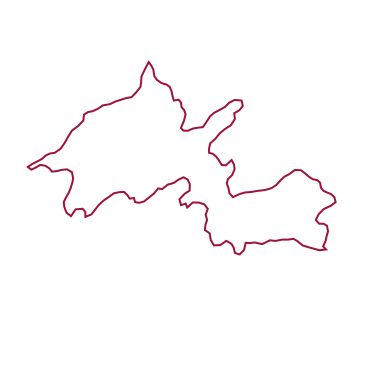 outline of São Sebastião do Rio Preto, Minas Gerais, Brazil, rotated 223°
{"feature_id": "56859067B92993268682714", "entity_name": "São Sebastião do Rio Preto", "entity_type": "district", "adm_level": 2, "iso_a3": "BRA", "parent_name": "Brazil", "parent_adm1": "Minas Gerais", "projection": "equal_earth", "projection_center": [-43.224, -19.295], "detail": "fine", "context": "isolated", "style": "outline", "palette": "rose", "viewbox_px": 384, "rotation_deg": 223, "n_neighbors": 0, "source": "geoboundaries", "source_scale": "gbopen_adm2", "svg_char_len": 2581}
<svg xmlns="http://www.w3.org/2000/svg" viewBox="0 0 384 384"><g transform="rotate(223 192 192)"><path d="M250.3,107.0L251.3,118.7L250.9,125.1L249.4,132.0L248.2,137.9L245.0,142.4L241.8,145.7L237.3,145.7L233.0,144.7L230.4,148.0L226.7,145.8L223.2,148.1L220.6,152.4L219.6,159.4L218.8,164.8L219.2,171.5L215.8,173.8L214.8,180.8L211.5,186.2L210.4,191.6L208.2,197.0L203.5,198.1L198.9,196.2L194.7,191.4L196.2,185.7L196.2,178.0L191.0,174.9L188.7,179.2L184.9,177.4L184.3,184.8L179.7,189.0L174.5,191.4L168.9,190.4L166.6,184.8L161.9,181.8L159.9,177.4L156.7,173.0L150.9,173.8L145.5,169.7L139.6,167.9L135.1,172.5L133.6,179.7L127.7,181.0L123.5,179.7L119.0,176.7L114.5,178.9L114.4,185.1L118.1,191.4L114.9,194.0L111.8,197.8L105.2,201.7L102.0,209.9L97.5,213.2L93.6,218.7L89.2,222.8L85.9,226.9L81.8,227.9L74.6,228.4L68.8,231.2L64.3,233.6L59.0,236.4L54.8,241.4L59.0,241.6L61.0,247.5L63.2,251.1L65.7,256.0L70.3,259.4L74.2,258.5L77.4,255.5L82.4,256.0L84.2,261.9L84.0,269.4L81.1,276.6L80.0,282.5L84.3,285.3L88.6,285.4L92.8,283.8L96.6,282.5L100.7,283.1L104.6,286.1L108.4,286.1L112.2,283.8L116.1,283.0L121.2,282.8L127.0,282.3L131.7,278.4L133.1,271.2L134.8,266.6L135.2,261.4L135.1,254.7L136.5,249.0L140.1,243.1L144.9,237.4L148.8,232.3L153.1,227.6L156.1,222.3L158.6,216.1L163.8,216.7L168.3,219.9L172.4,222.0L174.5,225.8L174.2,231.8L176.4,237.7L179.8,240.6L184.8,242.4L185.4,234.6L188.7,232.0L193.7,233.5L198.9,234.4L202.9,234.1L206.2,232.3L209.1,235.3L211.9,240.1L211.2,246.7L211.7,253.5L210.9,260.4L209.1,267.2L210.4,274.6L214.8,278.4L213.1,284.3L213.5,289.5L218.1,292.7L223.6,288.4L225.6,283.1L225.9,276.4L227.9,270.5L229.8,265.0L230.4,259.6L229.2,253.2L228.3,246.8L231.7,242.9L234.6,239.0L236.7,234.1L240.1,231.0L243.8,231.3L246.4,238.5L249.6,244.4L253.5,246.5L257.6,247.0L261.0,249.9L264.7,250.4L267.6,246.5L271.6,248.8L275.6,251.7L279.9,253.7L283.8,253.2L288.7,250.8L294.1,250.1L298.7,251.1L303.5,255.0L307.9,256.7L312.3,257.5L310.1,249.6L307.7,241.9L303.9,237.4L301.3,233.5L300.8,226.7L300.9,220.2L304.2,215.8L307.1,210.6L309.8,205.8L311.9,200.3L316.3,194.5L317.7,188.4L319.8,183.3L322.6,179.5L323.8,174.8L320.2,170.3L320.3,162.5L321.7,155.0L320.3,148.1L318.5,140.5L317.6,133.9L319.2,126.9L322.1,123.3L323.8,119.2L324.4,113.5L325.9,109.1L327.9,103.7L329.2,98.3L324.7,98.8L322.9,103.4L321.5,108.3L317.1,111.2L312.5,112.0L308.3,111.4L305.0,115.2L302.5,119.2L298.9,123.3L293.3,124.6L288.3,121.0L286.0,117.4L283.3,111.9L281.5,107.0L280.4,101.9L278.9,97.1L275.2,94.0L269.7,91.3L264.0,91.8L265.3,99.9L260.5,105.2L256.5,104.7L253.0,101.1L250.3,107.0Z" fill="none" stroke="#9f1239" stroke-width="2"/></g></svg>